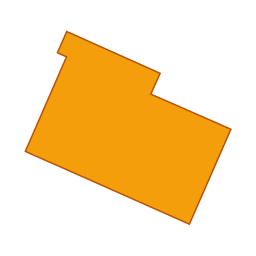 outline of Hettinger, North Dakota, United States of America, rotated 204°
{"feature_id": "52423323B76867023232098", "entity_name": "Hettinger", "entity_type": "district", "adm_level": 2, "iso_a3": "USA", "parent_name": "United States of America", "parent_adm1": "North Dakota", "projection": "mercator", "projection_center": [-102.401, 46.418], "detail": "fine", "context": "isolated", "style": "filled", "palette": "amber", "viewbox_px": 256, "rotation_deg": 204, "n_neighbors": 0, "source": "geoboundaries", "source_scale": "gbopen_adm2", "svg_char_len": 307}
<svg xmlns="http://www.w3.org/2000/svg" viewBox="0 0 256 256"><g transform="rotate(204 128 128)"><path d="M32.8,65.1L33.5,168.7L110.6,168.3L120.9,168.2L120.9,191.0L223.2,191.2L223.1,168.0L213.1,168.0L212.3,64.9L203.0,64.8L161.9,65.0L32.8,65.1Z" fill="#f59e0b" stroke="#b45309" stroke-width="1.5"/></g></svg>